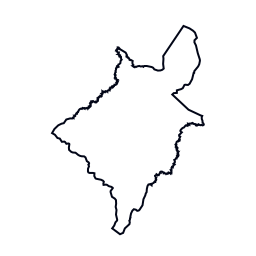 the district of Somdet, Kalasin, Thailand, rotated 185°
{"feature_id": "78962969B31755539935973", "entity_name": "Somdet", "entity_type": "district", "adm_level": 2, "iso_a3": "THA", "parent_name": "Thailand", "parent_adm1": "Kalasin", "projection": "mercator", "projection_center": [103.756, 16.783], "detail": "fine", "context": "isolated", "style": "outline", "palette": "ink", "viewbox_px": 256, "rotation_deg": 185, "n_neighbors": 0, "source": "geoboundaries", "source_scale": "gbopen_adm2", "svg_char_len": 5837}
<svg xmlns="http://www.w3.org/2000/svg" viewBox="0 0 256 256"><g transform="rotate(185 128 128)"><path d="M203.2,116.3L200.2,114.9L197.4,111.9L195.0,111.5L192.7,108.5L190.2,108.9L189.4,108.5L188.0,106.9L186.0,107.4L185.3,107.2L185.0,106.8L185.2,103.3L184.8,101.1L182.5,99.3L181.0,98.8L178.1,98.8L175.2,96.8L173.5,96.1L171.8,95.8L169.2,95.9L167.8,95.0L166.1,91.4L164.3,90.4L163.7,89.6L163.7,88.8L164.3,88.1L163.5,86.5L164.3,83.9L164.1,81.3L163.6,80.3L162.5,79.9L159.1,80.2L157.5,80.0L157.4,77.2L156.0,75.0L155.4,74.7L150.3,74.1L148.3,73.3L147.4,72.4L147.7,70.4L147.4,69.2L145.0,69.7L143.9,69.5L142.1,68.4L139.4,67.9L138.0,67.1L137.9,66.8L139.8,63.7L139.8,62.8L138.0,58.1L135.0,56.5L133.7,55.1L133.2,51.5L133.4,48.3L132.3,45.3L132.4,40.7L130.8,35.8L130.8,34.9L132.3,32.9L133.2,29.6L135.0,26.6L126.7,21.5L123.7,23.1L122.4,27.7L118.2,32.3L118.0,34.3L118.6,35.8L118.1,36.7L118.1,38.5L117.7,38.9L117.9,40.0L117.5,43.2L116.4,46.1L115.1,47.6L113.0,47.3L111.6,46.3L110.2,46.7L109.4,47.5L106.8,52.3L106.4,58.4L104.9,62.4L104.6,64.4L103.9,65.6L103.9,69.1L103.5,71.9L102.7,73.5L100.9,74.1L101.0,73.7L100.1,73.8L100.1,73.4L99.5,73.0L99.5,73.8L98.9,74.8L97.6,75.6L97.1,76.6L96.2,76.6L96.3,77.2L95.9,77.7L96.2,77.8L96.2,78.2L95.4,79.3L96.0,80.2L95.5,81.0L96.7,82.1L96.9,82.8L95.8,83.7L95.6,84.4L94.7,83.9L94.3,83.4L93.8,83.9L93.2,83.8L92.1,86.5L91.7,86.4L91.8,86.7L91.5,86.7L91.4,87.4L91.0,87.5L90.2,87.5L88.9,86.8L88.6,85.9L88.1,86.0L87.9,86.5L86.7,85.8L86.2,85.8L86.0,85.5L85.6,85.9L84.6,85.8L84.6,86.4L83.8,86.6L83.7,87.2L82.6,86.9L81.6,86.2L81.4,87.0L80.8,86.8L80.8,88.1L81.7,89.8L81.0,89.9L81.2,92.1L80.8,92.7L80.2,92.7L80.6,93.4L80.2,93.7L79.8,93.5L79.3,95.0L78.5,95.6L79.4,96.1L79.2,96.5L79.4,96.6L78.5,97.4L78.3,98.4L79.1,100.2L78.4,100.5L77.4,102.2L77.1,102.1L77.1,102.5L76.6,102.7L76.1,103.6L76.4,103.9L75.9,104.1L76.3,104.6L75.8,104.7L75.3,105.4L76.1,106.1L75.7,106.2L75.8,107.1L76.2,107.6L75.9,108.2L76.4,108.0L76.9,109.2L76.6,109.9L77.5,110.3L77.2,111.6L77.7,111.7L77.4,112.1L78.0,112.6L77.4,112.8L78.1,113.4L78.0,113.7L78.3,113.9L78.4,114.4L78.6,114.3L78.4,115.2L79.0,115.2L79.3,115.6L78.7,116.5L78.3,118.4L77.5,119.2L77.0,119.4L76.7,119.1L75.8,119.7L76.1,119.9L75.6,120.7L76.1,120.9L75.9,121.3L76.1,121.4L75.2,123.9L76.2,124.3L76.5,125.4L74.0,128.4L74.5,128.7L74.4,129.1L74.6,128.8L75.4,129.3L75.6,129.8L75.2,130.9L73.7,132.7L72.2,133.5L71.1,135.2L70.1,135.4L70.1,135.7L69.3,135.5L69.4,135.8L68.9,135.9L68.9,136.3L68.5,136.4L68.6,137.0L68.1,136.7L68.1,137.3L67.3,136.9L67.4,137.3L67.0,137.7L66.6,137.5L66.5,137.0L66.5,137.7L64.6,138.5L64.5,138.1L63.7,138.4L63.2,137.8L61.5,137.8L60.6,136.5L60.1,136.4L59.6,137.1L59.4,137.0L59.4,137.4L58.2,137.2L57.9,137.8L56.8,137.2L56.0,137.1L55.1,137.6L54.2,137.1L53.4,137.3L52.8,137.9L53.2,139.0L54.2,140.0L54.4,141.6L55.3,143.5L55.5,145.3L55.1,146.5L56.8,146.9L69.3,151.5L86.8,165.2L85.5,166.7L82.4,167.2L82.6,169.8L78.6,171.3L76.9,172.4L75.5,175.8L74.8,176.1L72.0,176.1L70.5,177.4L68.4,182.2L67.4,188.6L66.9,188.7L66.9,190.4L63.5,195.4L62.6,197.7L62.2,201.3L62.5,202.7L65.0,208.6L67.5,216.2L69.3,219.1L69.4,221.2L67.2,223.8L69.6,228.9L71.7,230.6L75.4,232.6L81.6,234.5L99.2,202.7L98.7,200.0L98.6,194.9L97.6,190.3L98.9,189.0L100.6,188.2L103.2,187.8L106.9,188.7L108.2,190.2L109.7,190.8L114.7,191.4L117.3,191.2L118.0,190.3L118.9,190.8L120.7,190.4L122.2,190.8L124.2,190.2L125.0,189.6L126.2,189.7L126.6,189.1L127.4,189.3L128.8,190.2L128.2,190.4L128.2,191.1L128.5,191.1L129.3,193.2L129.2,195.2L131.2,196.1L131.7,195.8L132.5,196.1L133.0,197.5L134.1,197.9L134.1,198.3L134.8,198.4L134.9,198.9L135.6,199.0L135.5,199.5L135.8,199.7L135.4,200.5L136.9,202.9L142.6,205.7L144.4,207.4L145.3,207.4L145.2,206.8L144.8,206.8L144.6,206.2L145.3,206.4L145.7,205.9L145.6,205.2L146.4,204.8L146.7,204.0L145.9,203.8L145.8,203.2L145.3,203.2L144.2,202.0L143.7,202.2L143.8,201.2L144.5,200.6L143.5,200.5L143.2,199.5L142.9,199.9L142.3,199.8L142.4,198.8L142.0,198.9L141.7,198.7L141.7,198.0L141.2,198.1L140.8,196.0L140.3,195.5L141.2,194.3L141.3,191.9L142.5,190.6L143.1,190.4L143.3,189.4L143.9,189.0L142.8,188.1L143.5,187.7L143.7,188.2L144.4,188.1L145.2,186.2L145.0,185.1L145.5,183.6L145.0,182.7L145.7,181.6L145.8,180.8L145.2,180.0L145.5,179.9L145.2,179.6L145.6,179.3L145.1,178.0L145.5,177.0L144.9,176.9L145.2,176.4L145.1,176.0L144.1,176.0L143.4,175.3L143.4,174.9L142.8,174.9L143.3,174.2L143.2,173.7L142.7,173.5L142.9,173.2L142.2,173.4L142.8,171.5L143.2,171.5L143.6,170.9L143.4,170.4L144.3,169.8L145.3,169.9L145.5,168.9L145.7,169.0L146.4,167.6L146.7,167.8L146.7,167.4L147.3,166.8L147.8,167.3L147.9,166.8L148.5,166.9L148.9,166.3L149.2,166.4L149.2,166.0L149.7,165.8L149.7,165.0L149.4,164.8L149.9,164.4L149.7,163.9L150.8,163.9L151.7,163.1L151.7,162.7L152.0,163.0L152.6,162.4L153.6,162.7L153.9,161.9L154.4,162.2L155.1,161.8L155.5,162.0L155.4,161.4L156.1,161.2L156.2,160.8L156.6,161.3L156.5,160.5L157.5,159.9L157.0,159.5L157.0,157.3L157.4,157.0L158.2,157.4L158.2,157.0L158.6,157.1L159.1,156.5L159.3,156.8L160.1,156.0L160.1,155.5L160.7,155.3L160.5,155.0L160.0,155.0L160.4,154.8L160.3,154.1L160.8,153.9L160.3,153.3L160.4,152.3L161.0,152.1L161.4,151.3L162.0,151.6L162.3,150.6L163.0,150.7L163.1,151.1L164.3,151.2L165.1,151.8L166.0,151.6L165.7,151.4L165.9,150.5L167.2,150.0L167.2,149.7L167.6,150.1L168.0,149.4L167.3,148.9L167.3,148.3L167.8,147.4L167.5,146.7L167.1,146.8L167.1,146.4L167.6,145.8L168.6,145.9L168.6,146.3L169.0,146.1L168.7,144.8L169.2,144.7L169.6,143.9L169.9,144.5L170.3,144.1L170.9,144.3L171.1,144.0L173.4,144.1L173.7,144.0L173.5,143.6L174.8,144.0L175.0,143.5L175.5,143.5L175.7,143.0L176.6,143.2L177.7,142.6L178.6,141.4L179.0,140.0L179.4,139.8L179.3,139.3L180.0,138.8L180.1,137.9L180.7,138.1L181.5,136.4L181.9,135.8L182.5,135.7L181.9,135.1L183.5,133.8L183.2,133.0L184.0,133.1L184.4,132.6L186.5,132.5L190.2,131.1L192.4,127.2L194.6,126.5L197.7,124.6L201.2,120.6L203.2,116.3Z" fill="none" stroke="#020617" stroke-width="2"/></g></svg>